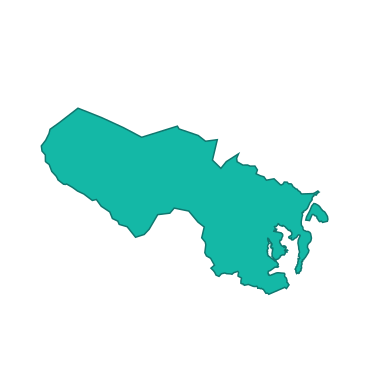 outline of Nordreisa nor, Troms, Norway, rotated 147°
{"feature_id": "86288312B71509568732439", "entity_name": "Nordreisa nor", "entity_type": "district", "adm_level": 2, "iso_a3": "NOR", "parent_name": "Norway", "parent_adm1": "Troms", "projection": "orthographic", "projection_center": [21.218, 69.528], "detail": "fine", "context": "isolated", "style": "filled", "palette": "teal", "viewbox_px": 384, "rotation_deg": 147, "n_neighbors": 0, "source": "geoboundaries", "source_scale": "gbopen_adm2", "svg_char_len": 5891}
<svg xmlns="http://www.w3.org/2000/svg" viewBox="0 0 384 384"><g transform="rotate(147 192 192)"><path d="M270.7,204.5L265.3,198.2L264.0,184.8L255.2,182.4L248.2,184.1L233.1,191.7L222.1,186.3L215.7,188.2L205.1,177.8L203.4,163.5L200.8,156.0L208.8,148.3L208.2,142.8L209.2,140.2L214.3,134.1L214.7,130.5L212.5,126.3L213.0,118.4L217.6,117.8L216.9,114.5L216.7,112.3L217.1,109.2L215.3,106.5L211.8,107.4L208.6,106.2L207.4,104.6L204.5,102.5L203.2,101.2L201.0,101.6L196.9,100.5L196.8,99.3L197.0,98.8L198.6,97.3L199.2,96.3L197.6,93.5L197.4,92.8L199.3,90.9L200.7,88.8L200.3,88.0L199.3,87.2L199.5,86.4L198.8,85.7L198.8,85.2L195.1,83.8L192.0,79.5L190.7,78.4L188.9,77.6L188.8,77.4L189.0,76.2L189.3,75.5L187.8,74.6L187.4,73.7L186.4,73.5L186.1,72.6L185.2,71.4L185.2,66.8L183.9,66.1L183.3,65.0L183.3,64.4L166.1,61.5L165.4,59.6L161.2,61.3L161.2,61.5L161.4,62.1L161.2,63.1L161.3,63.9L161.6,64.4L161.4,65.0L160.7,65.6L160.0,67.7L159.8,68.5L160.3,70.5L160.0,71.3L158.9,72.5L158.8,73.3L158.9,73.6L163.9,77.5L165.4,78.2L172.1,79.5L172.9,80.6L172.9,81.0L172.6,81.7L172.4,81.4L172.4,81.7L172.6,81.9L172.6,82.4L171.2,83.9L168.9,83.5L163.4,83.8L162.0,82.9L161.3,83.1L161.5,82.7L161.4,82.4L160.5,82.2L160.0,82.5L160.1,82.9L160.8,83.4L159.0,84.4L158.9,85.2L159.1,86.1L159.1,86.8L159.4,87.8L159.1,88.1L159.1,88.4L159.6,88.4L160.3,89.2L160.3,90.2L162.0,94.4L162.1,95.5L162.9,96.6L162.6,97.1L162.7,98.3L162.1,99.1L161.7,100.4L160.9,101.1L161.2,101.5L160.6,102.3L158.5,103.4L158.8,104.0L158.3,105.2L157.2,106.2L155.5,106.9L155.6,107.0L154.9,108.4L154.9,109.6L154.3,110.5L154.3,111.1L153.7,111.9L153.4,111.6L153.6,111.4L153.2,111.1L153.2,109.8L153.6,109.0L153.4,108.6L153.7,107.9L153.4,107.2L153.5,106.8L153.2,106.5L153.5,105.6L153.2,105.1L153.6,104.7L153.9,104.9L153.7,104.2L154.3,103.8L155.1,103.8L154.9,103.6L155.9,102.8L155.8,102.6L156.1,102.2L155.3,101.4L155.5,101.2L155.0,101.0L155.3,100.6L155.1,100.5L155.2,100.3L158.6,96.6L159.4,94.9L159.9,94.7L160.0,94.3L159.5,92.4L159.8,91.6L159.9,90.6L159.5,89.4L159.3,89.3L159.4,90.5L159.2,90.6L158.6,89.5L155.9,88.9L153.1,89.6L152.6,90.3L149.8,89.9L149.2,89.0L148.6,89.1L147.7,89.4L145.8,91.5L145.7,91.8L146.0,92.1L146.1,92.7L145.8,92.8L145.5,92.6L145.7,92.3L145.6,91.8L145.2,91.6L145.5,91.2L145.7,90.3L145.2,90.4L145.0,90.1L144.9,90.3L145.1,90.5L144.9,90.9L144.1,91.0L144.2,91.4L143.6,91.2L143.7,91.6L144.8,91.8L145.0,92.4L144.6,93.1L143.4,94.0L143.2,94.4L143.2,95.3L143.6,96.2L144.1,96.7L144.4,96.2L144.3,95.2L145.0,95.3L145.1,95.6L144.8,96.8L145.7,97.2L146.2,99.3L146.0,100.1L146.0,101.5L145.7,102.4L144.9,103.3L144.5,103.6L144.0,103.1L142.8,103.4L141.6,104.7L139.9,105.6L139.2,106.7L139.0,107.7L139.4,108.1L139.4,109.0L139.6,109.3L144.8,114.5L143.9,115.2L143.0,114.5L142.9,113.7L141.6,114.3L141.2,114.6L142.1,115.8L142.1,116.6L141.7,117.5L141.7,118.0L141.1,118.0L140.3,117.2L137.1,118.2L137.5,119.0L136.7,118.2L136.6,117.7L136.8,118.0L136.7,117.7L136.8,117.6L136.4,116.1L135.3,114.8L135.9,114.8L135.0,114.7L134.8,114.1L134.4,114.1L134.4,114.6L133.7,114.4L134.2,114.4L133.6,114.1L133.6,113.6L132.7,112.0L132.6,110.3L132.3,109.9L132.1,107.9L131.4,106.6L130.5,106.5L130.4,106.1L130.8,105.2L130.4,104.4L130.5,103.5L131.2,102.2L132.5,101.5L135.1,101.7L135.6,101.3L135.7,100.7L135.4,100.5L135.4,99.9L135.0,99.7L134.8,99.2L133.8,99.2L134.4,98.5L134.5,97.6L133.5,96.8L130.6,97.2L129.2,96.9L126.8,98.0L125.9,98.0L124.9,96.8L125.0,96.5L129.0,93.9L131.0,91.4L132.4,88.0L133.6,85.9L134.0,84.3L134.7,82.8L136.4,81.7L137.1,80.2L137.6,80.2L137.4,79.2L137.5,78.6L138.2,78.0L138.0,77.8L139.0,77.5L139.4,78.2L140.2,76.9L140.4,76.1L141.4,75.7L142.3,74.1L143.6,73.7L144.6,72.5L145.4,72.6L146.4,71.6L147.5,71.2L147.3,70.8L147.6,69.9L147.6,69.2L147.9,69.2L148.6,67.7L148.6,67.0L148.2,66.9L148.3,66.7L147.8,66.8L147.3,65.9L146.2,66.2L146.0,65.8L145.4,66.5L143.8,66.6L143.6,67.0L143.0,67.1L142.6,68.2L142.0,68.1L141.4,68.7L141.0,69.3L140.7,70.4L139.9,71.2L139.4,71.2L138.8,72.0L138.5,72.6L138.5,73.2L138.1,73.8L137.1,73.5L136.5,74.1L136.6,74.7L136.4,74.9L135.0,74.5L134.7,74.9L132.6,75.4L127.3,77.9L125.6,79.5L125.7,80.2L125.4,82.6L124.0,84.5L122.4,85.3L119.9,85.8L118.8,86.4L116.9,88.3L115.2,92.5L115.2,93.9L116.1,95.7L117.8,96.8L118.1,97.6L119.2,99.2L119.1,100.5L118.2,102.0L118.2,103.4L118.4,103.9L118.3,104.6L116.7,107.5L113.2,111.3L112.0,112.1L111.2,114.4L110.9,114.7L110.0,114.2L109.4,114.4L109.4,114.9L109.1,114.9L109.0,115.4L108.9,114.8L108.3,115.2L106.8,114.9L104.2,115.4L98.9,118.8L95.5,120.0L95.3,120.4L95.3,120.9L94.2,121.6L93.8,122.2L92.2,122.3L92.1,122.7L91.4,123.0L90.5,122.9L89.6,122.3L89.5,122.2L89.9,122.1L89.3,121.7L87.9,122.6L85.9,122.7L86.0,122.8L85.6,123.4L85.9,124.3L89.9,124.4L91.6,124.9L100.9,130.5L101.5,131.5L101.3,132.1L101.3,133.3L102.4,135.8L102.2,136.6L102.3,137.1L103.4,138.3L103.8,140.1L104.4,141.3L104.5,142.0L104.2,142.5L104.2,143.8L104.4,144.8L106.6,146.4L106.8,148.4L109.2,150.1L111.3,149.1L113.4,149.3L114.0,150.2L116.0,158.4L123.2,161.4L123.4,165.6L125.9,168.5L128.3,172.4L125.1,174.9L125.1,179.5L129.2,182.1L130.6,184.3L134.7,186.9L137.7,192.8L136.2,196.0L132.2,198.7L146.7,198.8L154.9,196.1L157.5,207.6L142.3,222.1L153.0,227.2L156.0,236.0L168.5,251.9L168.4,255.2L204.4,265.3L214.5,283.4L227.4,303.8L242.0,324.4L266.2,322.4L276.9,321.9L280.1,318.9L286.5,315.1L293.3,312.7L295.5,308.0L294.8,303.0L298.2,297.6L298.1,296.2L296.8,292.9L298.4,285.6L297.3,279.1L297.5,276.6L297.8,275.2L295.5,268.5L293.9,267.2L292.8,267.0L289.7,260.9L287.5,255.2L283.8,249.2L280.2,239.2L276.3,237.8L275.9,229.5L271.8,220.0L273.2,213.1L270.1,208.0L270.7,204.5ZM111.9,106.5L109.0,104.0L103.8,107.5L102.9,107.4L102.3,106.9L101.9,105.2L101.0,104.3L100.8,103.5L101.4,101.8L101.2,100.7L101.4,98.9L101.0,97.5L99.5,97.2L99.2,96.7L99.1,95.4L94.4,93.7L92.9,95.1L91.7,97.7L91.5,101.4L91.6,103.2L92.7,105.5L92.6,106.3L92.9,107.7L92.8,109.0L93.0,110.8L93.5,112.3L94.9,114.9L96.1,116.0L99.2,115.0L103.4,112.1L109.4,108.8L111.9,106.5Z" fill="#14b8a6" stroke="#0f766e" stroke-width="1.5"/></g></svg>